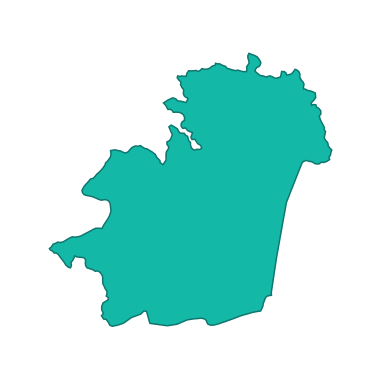 the district of Joinville, Santa Catarina, Brazil, rotated 101°
{"feature_id": "56859067B35489992852135", "entity_name": "Joinville", "entity_type": "district", "adm_level": 2, "iso_a3": "BRA", "parent_name": "Brazil", "parent_adm1": "Santa Catarina", "projection": "orthographic", "projection_center": [-48.986, -26.263], "detail": "fine", "context": "isolated", "style": "filled", "palette": "teal", "viewbox_px": 384, "rotation_deg": 101, "n_neighbors": 0, "source": "geoboundaries", "source_scale": "gbopen_adm2", "svg_char_len": 4953}
<svg xmlns="http://www.w3.org/2000/svg" viewBox="0 0 384 384"><g transform="rotate(101 192 192)"><path d="M329.0,208.2L328.0,190.7L324.7,181.5L318.5,172.4L316.5,167.0L315.6,164.0L314.8,161.2L314.1,158.8L314.2,155.6L315.4,153.4L317.2,152.4L318.7,151.1L319.2,148.1L318.4,145.0L317.2,142.4L316.0,140.1L314.6,137.8L312.7,134.3L311.6,132.6L307.8,126.2L306.7,124.5L304.1,120.3L303.2,118.6L302.0,116.2L300.9,114.0L298.5,109.4L296.6,104.4L295.7,101.9L293.2,101.2L290.5,100.6L287.9,100.8L284.9,100.2L281.8,99.7L279.9,98.4L278.9,96.2L278.2,94.3L275.4,95.0L240.4,96.5L208.6,97.0L184.1,97.3L157.1,92.3L142.4,89.5L140.7,88.3L139.2,85.8L139.6,83.0L139.4,80.0L140.7,76.8L140.6,74.1L139.9,72.2L138.2,71.0L137.8,68.1L136.1,65.3L133.9,63.1L131.5,64.1L129.4,63.1L126.7,63.2L124.1,62.8L122.5,65.2L120.8,67.1L118.9,67.6L117.4,68.5L115.7,70.9L113.2,72.7L110.9,72.5L109.0,72.5L107.2,72.4L105.9,73.9L103.4,74.4L100.7,76.5L98.4,78.4L96.2,80.0L93.3,81.5L90.7,80.4L87.8,81.1L85.8,83.3L84.8,86.0L82.7,87.1L83.0,89.5L84.0,91.2L81.6,91.9L78.9,90.1L75.8,88.6L73.3,89.3L71.3,89.9L70.6,92.5L70.2,94.9L70.2,97.9L69.4,100.4L69.5,102.3L67.4,102.6L64.8,102.6L62.9,104.0L61.5,105.9L58.7,108.1L55.8,108.6L53.8,109.7L52.4,111.8L51.9,114.2L54.5,115.4L56.2,116.3L57.6,117.7L58.5,119.5L59.1,121.5L57.4,122.3L56.2,124.3L56.6,127.0L58.9,127.0L62.0,127.0L63.6,129.6L64.5,132.1L63.6,134.8L63.1,137.4L63.8,139.2L65.0,141.3L64.5,143.8L64.6,147.3L63.2,150.1L61.4,153.2L59.1,153.0L57.2,152.0L56.3,150.3L54.6,149.4L52.0,149.1L50.0,150.5L48.5,151.9L46.9,153.8L46.1,156.3L45.7,158.9L45.0,162.5L47.6,163.2L49.6,162.8L52.1,161.4L54.7,160.5L57.1,161.6L58.8,162.3L60.6,161.7L63.4,161.4L64.1,164.8L63.9,168.0L63.6,170.3L64.5,172.1L64.5,175.3L64.1,178.6L63.9,181.3L62.3,183.0L61.8,186.4L60.9,189.2L61.3,191.4L61.2,193.5L63.0,193.3L64.5,196.1L67.0,198.2L68.4,200.3L69.0,202.8L69.0,205.8L71.0,207.1L72.5,209.0L71.9,211.1L72.6,213.3L73.3,215.9L73.6,218.4L76.3,219.6L79.4,219.8L80.0,222.2L80.0,224.3L80.9,226.0L80.7,228.1L82.6,228.4L84.6,226.3L86.2,223.9L88.9,223.7L91.6,221.7L92.7,220.0L94.5,219.5L96.7,219.4L98.9,218.2L100.2,216.3L100.6,214.0L102.5,214.0L105.3,215.0L105.1,218.1L105.0,220.6L105.3,223.5L103.7,225.6L103.2,228.8L104.9,231.3L106.4,233.3L108.1,235.0L110.0,237.0L112.0,234.3L114.2,232.5L115.6,231.3L115.0,229.3L115.5,227.4L117.3,225.6L116.7,222.9L116.2,219.9L116.8,217.2L118.0,215.0L120.1,213.6L123.3,213.1L124.7,214.9L127.5,215.7L129.8,215.0L131.3,213.2L130.4,210.6L132.7,207.8L133.2,205.3L133.7,202.8L136.2,203.2L138.6,203.5L140.5,202.0L139.7,199.2L141.5,197.6L143.5,195.5L144.6,192.3L147.3,190.9L148.8,192.5L149.1,195.3L150.6,197.8L149.0,200.8L146.3,202.4L143.6,203.0L142.3,205.0L140.0,206.1L138.1,207.0L137.6,209.0L135.8,210.9L136.2,212.9L136.4,215.0L135.1,216.5L132.8,218.4L131.8,220.8L131.1,222.7L130.3,225.3L132.5,227.1L135.0,225.4L137.1,224.0L139.3,222.3L142.1,222.7L144.1,223.1L145.8,223.9L147.7,226.2L150.3,225.5L152.2,223.3L154.9,223.7L156.9,224.7L159.1,224.8L161.1,224.5L163.2,224.0L165.5,223.6L167.8,224.5L170.6,225.6L169.3,228.8L167.3,229.5L166.2,231.0L164.7,233.2L162.2,235.1L160.4,238.5L159.2,241.8L158.3,244.1L158.3,246.4L157.6,248.6L156.3,251.4L157.4,253.8L157.6,256.4L159.6,259.3L162.2,261.0L164.6,262.3L166.3,264.3L166.2,267.1L165.3,270.0L165.5,272.4L165.2,275.0L165.8,277.1L166.9,279.9L168.9,279.1L171.4,278.6L173.4,278.8L175.9,279.9L178.3,281.1L180.0,282.4L182.0,282.5L185.0,283.8L187.8,285.3L190.4,287.0L192.7,288.9L194.7,289.9L197.3,291.4L198.6,294.1L201.8,295.9L203.4,296.8L205.3,298.0L207.1,299.0L209.6,299.8L211.7,300.3L213.6,299.3L215.2,297.4L215.5,295.0L215.5,292.6L215.5,289.6L216.0,286.7L216.5,284.4L217.2,281.4L217.3,279.1L216.3,276.8L216.0,274.4L216.9,271.8L219.2,270.0L222.0,269.2L224.3,268.4L226.9,267.8L228.7,268.2L231.3,268.5L233.8,269.3L235.5,270.0L238.0,271.0L240.7,272.1L242.9,272.8L244.9,273.3L245.3,276.5L246.0,279.6L247.8,282.2L249.2,283.8L250.9,285.8L252.0,287.3L253.2,288.8L254.8,290.8L256.2,292.5L257.4,294.6L258.7,298.3L258.8,301.0L260.5,303.3L262.4,305.6L263.8,307.0L265.5,308.9L266.7,311.6L266.8,314.2L268.2,315.9L269.7,318.4L272.7,319.5L274.7,321.2L276.1,319.9L276.4,317.9L278.2,315.7L277.9,313.6L278.7,311.4L280.6,309.5L282.6,307.3L284.5,305.0L285.9,303.6L287.7,302.0L289.5,299.0L289.6,296.8L287.2,296.3L284.4,297.3L281.7,296.0L279.0,295.2L277.1,295.0L277.7,292.8L277.5,289.9L277.1,286.3L277.7,284.4L279.7,283.3L282.1,283.2L284.7,282.3L286.5,280.4L286.8,277.8L287.3,274.3L288.3,271.7L287.4,269.4L288.3,267.2L289.7,265.4L291.8,263.7L294.9,263.0L297.7,262.4L299.5,261.7L301.4,260.2L303.6,258.7L305.5,256.7L307.7,256.1L310.5,256.3L311.7,254.0L313.5,253.7L315.7,255.7L317.8,258.1L320.8,258.7L323.2,258.6L325.5,257.8L327.1,256.4L329.1,256.1L330.7,257.3L332.0,256.0L333.6,254.5L333.4,252.3L334.5,250.6L336.3,248.9L338.4,247.4L339.0,244.6L336.9,239.6L334.5,235.3L332.9,233.2L331.0,231.5L326.8,227.5L323.3,221.7L321.6,219.0L319.9,217.8L317.9,216.4L318.0,213.8L324.1,210.7L326.3,209.7L329.0,208.2Z" fill="#14b8a6" stroke="#0f766e" stroke-width="1.5"/></g></svg>